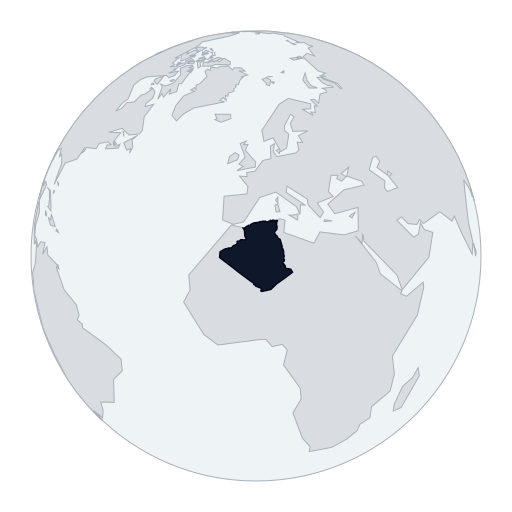 the Earth from above Algeria
{"feature_id": "DZA", "entity_name": "Algeria", "entity_type": "country or territory", "adm_level": 0, "iso_a3": "DZA", "parent_name": "Africa", "parent_adm1": "", "projection": "orthographic", "projection_center": [1.791, 28.04], "detail": "fine", "context": "on_globe", "style": "filled", "palette": "ink", "viewbox_px": 512, "rotation_deg": 0, "n_neighbors": 0, "source": "natural_earth", "source_scale": "50m", "svg_char_len": 13503}
<svg xmlns="http://www.w3.org/2000/svg" viewBox="0 0 512 512"><circle cx="256" cy="256" r="225" fill="#eef3f6" stroke="#a8b0b8"/><path d="M135.1,65.9L129.4,69.6L134.4,66.5L142.0,61.8L145.8,59.5L173.2,47.0L199.4,38.2L204.3,36.7L204.5,36.7L205.9,36.5L208.3,35.8L232.4,32.0L233.2,31.9L226.2,33.0L227.3,33.1L233.7,32.1L239.7,31.9L230.0,33.1L239.5,32.9L229.5,36.1L202.0,42.0L198.3,45.9L174.9,58.1L178.9,57.6L172.6,62.9L174.8,64.5L169.9,66.9L176.0,66.3L180.1,63.9L184.1,62.9L185.8,63.9L179.8,66.9L178.1,66.8L177.2,68.2L173.4,69.4L176.2,69.4L168.7,73.3L178.6,71.0L174.7,75.5L169.0,77.7L166.5,75.4L147.0,76.9L140.5,79.5L133.9,85.0L128.0,99.1L122.1,103.3L116.3,110.6L121.0,108.9L127.1,102.7L134.3,101.9L141.0,95.1L144.9,94.1L153.0,88.5L155.0,91.9L152.7,98.3L146.1,103.3L144.9,106.6L153.8,104.2L144.2,116.6L142.3,130.6L139.4,133.9L129.0,135.1L122.2,128.3L108.7,132.3L120.7,132.6L113.4,141.9L113.5,144.9L115.9,146.4L120.0,144.1L118.2,148.2L105.5,148.8L107.0,145.1L111.0,144.7L107.7,141.9L99.2,143.5L96.1,148.7L86.4,147.5L84.1,151.4L80.7,153.7L85.0,147.3L77.0,159.0L65.2,163.1L54.1,184.4L61.4,164.0L61.8,158.3L61.3,153.9L59.3,157.2L61.3,148.4L58.5,149.6L50.7,163.7L44.7,178.4L43.2,186.1L45.8,181.2L46.5,185.0L39.3,200.3L39.4,212.2L35.6,225.7L34.7,235.8L36.4,238.5L37.6,246.8L40.9,241.7L45.0,242.5L42.7,254.4L46.9,246.6L47.9,255.2L57.6,265.2L56.3,267.1L64.1,289.7L76.3,304.8L79.1,315.5L77.3,319.7L82.4,324.3L82.5,327.8L106.1,344.9L121.0,359.1L122.3,370.7L113.6,379.4L114.2,402.4L100.7,402.1L103.1,410.3L102.6,417.7L93.7,410.6L102.3,419.5L102.2,420.4L98.1,416.7L98.9,417.5L87.6,405.6L77.2,393.0L67.7,379.6L54.4,354.1L50.1,344.5L43.0,327.9L33.7,290.0L33.4,280.7L32.6,273.1L35.4,263.0L36.5,245.5L36.0,240.9L34.3,244.4L34.3,226.3L36.8,211.6L42.7,183.4L48.8,167.6L56.0,152.3L64.4,137.6L73.8,123.5L84.3,110.2L95.7,97.7L108.0,86.1L121.2,75.5L135.1,65.9ZM50.6,190.8L51.0,211.1L47.6,206.5L48.8,205.8L49.4,199.0L49.4,190.4L47.3,187.4L50.6,190.8ZM57.8,184.1L57.5,181.5L58.3,183.2L57.8,184.1ZM147.1,58.8L141.9,61.8L134.2,66.5L138.2,63.9L147.1,58.8ZM162.1,51.2L160.3,52.1L154.9,54.7L157.6,53.3L162.1,51.2ZM151.3,87.2L152.1,87.9L150.2,88.5L151.3,87.2ZM154.0,84.3L151.2,84.6L152.1,83.3L153.8,83.1L154.0,84.3ZM240.6,31.3L244.8,31.1L239.3,31.4L240.6,31.3ZM157.3,84.3L154.0,81.0L155.6,78.8L163.5,76.5L157.3,84.3ZM246.4,31.2L256.8,31.3L259.0,31.1L258.5,32.4L249.9,31.5L242.7,31.7L246.7,31.4L246.4,31.2ZM180.6,62.7L176.3,65.3L178.4,62.4L180.6,62.7ZM180.9,61.1L181.4,54.5L188.6,51.5L187.0,54.1L195.0,50.0L198.4,51.7L194.7,54.4L189.3,55.9L194.7,55.5L180.9,61.1ZM256.6,33.5L258.1,33.9L255.2,33.7L256.6,33.5ZM185.9,62.3L185.3,61.1L191.5,58.3L193.8,60.4L191.1,60.6L185.9,62.3ZM195.5,48.3L200.5,46.9L204.6,47.8L207.1,47.5L199.1,51.6L195.5,48.3ZM190.5,61.7L194.8,61.6L193.4,63.8L186.9,63.4L190.5,61.7ZM192.2,56.8L195.3,55.7L194.3,57.0L192.2,56.8ZM190.9,72.5L190.1,70.6L193.3,69.0L190.9,72.5ZM196.5,61.4L196.9,60.6L198.1,59.9L200.5,60.3L196.5,61.4ZM202.5,52.1L203.1,52.9L206.0,50.4L209.2,51.4L203.2,54.1L207.1,53.3L208.1,53.6L202.1,55.5L202.5,52.1ZM206.5,58.6L200.0,63.0L200.8,66.5L198.0,68.0L197.2,62.0L206.5,58.6ZM204.4,56.6L205.1,58.1L201.3,59.0L198.5,58.5L204.4,56.6ZM213.4,51.1L210.1,49.0L211.5,48.5L213.4,51.1ZM207.5,59.5L209.0,58.4L208.0,59.6L207.5,59.5ZM212.5,53.4L211.1,52.6L212.7,52.1L212.5,53.4ZM213.2,57.2L211.1,58.5L209.2,58.1L213.2,57.2ZM213.5,55.3L216.1,54.8L209.7,57.2L212.6,55.0L213.5,55.3ZM214.2,53.0L214.8,52.5L214.6,53.4L214.2,53.0ZM221.9,58.3L214.4,61.4L210.0,60.4L217.9,57.4L221.9,58.3ZM296.3,34.4L286.9,32.9L296.9,34.5L301.6,35.5L308.5,36.9L308.0,36.8L308.3,36.9L329.9,43.5L350.6,51.7L344.6,48.9L359.0,55.7L373.0,63.5L386.3,72.2L399.0,81.9L411.0,92.5L422.2,103.9L432.5,116.0L442.0,128.9L450.5,142.4L458.1,156.4L464.6,171.0L470.1,186.0L474.5,201.3L470.6,188.6L472.3,196.8L469.8,189.4L463.7,179.7L464.9,191.4L468.3,221.8L472.8,241.8L472.2,254.3L461.7,233.1L454.2,216.0L452.1,221.1L439.8,211.7L423.5,223.5L419.6,219.7L416.9,224.5L408.0,223.6L401.5,217.0L396.8,220.2L413.6,237.2L418.5,234.0L420.4,222.6L424.4,229.7L432.8,232.4L428.9,257.3L402.2,289.7L397.1,275.3L363.8,241.0L363.4,235.8L363.2,235.3L362.6,234.4L362.1,243.2L355.6,236.1L376.0,261.9L380.6,274.0L401.9,290.8L400.5,293.9L406.6,296.3L423.1,282.1L423.7,287.2L417.5,314.8L392.4,356.0L394.3,374.3L390.1,391.0L371.4,406.9L370.0,417.7L359.9,424.3L357.2,430.5L347.3,438.7L332.0,447.3L309.2,451.6L310.2,446.8L302.5,438.3L292.9,413.0L301.2,398.8L300.2,388.2L283.5,364.9L287.3,350.1L282.2,344.3L272.1,346.6L265.9,339.4L259.5,339.6L217.9,345.0L203.8,334.5L183.6,302.0L190.1,290.0L188.8,274.9L231.4,225.0L243.3,227.8L280.1,218.8L285.1,220.2L283.8,232.5L313.8,243.1L320.0,231.9L344.2,234.9L358.3,230.7L358.0,207.4L334.8,213.7L327.8,204.1L344.0,189.8L363.9,185.1L361.8,181.3L346.7,176.0L348.7,167.1L341.2,173.6L346.1,176.7L341.6,181.1L336.8,178.6L337.7,175.4L331.0,175.3L328.4,191.6L333.2,196.5L317.2,203.0L323.5,212.1L320.1,217.7L308.0,204.6L307.3,199.0L286.9,186.1L286.3,192.4L305.4,205.3L300.6,204.8L299.9,214.5L296.6,206.8L275.9,192.1L259.8,197.5L243.6,222.0L233.2,224.3L222.6,220.0L224.1,196.3L247.0,193.9L247.9,186.4L239.5,176.1L247.2,176.6L246.6,172.4L254.9,171.3L262.9,160.5L270.8,158.7L270.4,146.1L274.4,143.8L273.5,151.7L277.0,156.6L296.2,152.9L298.9,149.7L297.1,142.1L302.6,142.5L298.4,135.7L307.7,130.8L292.8,131.4L290.3,123.5L294.0,116.5L290.5,114.2L284.5,125.8L284.6,130.5L288.8,134.2L286.6,148.2L280.8,151.5L273.0,137.9L263.9,141.4L261.9,130.2L279.2,104.2L288.3,98.4L310.7,103.8L310.6,108.9L302.5,109.3L313.3,115.6L310.8,111.9L315.4,112.5L314.2,105.9L317.3,106.1L310.7,99.8L314.5,99.3L318.6,103.3L320.0,94.1L326.8,92.0L325.6,89.9L322.4,88.3L333.2,87.1L331.8,85.7L327.7,85.4L322.3,82.6L317.0,77.3L321.0,77.2L323.5,79.1L334.8,83.2L340.7,88.8L341.9,88.3L337.7,83.5L323.9,78.3L319.5,75.2L326.2,76.9L323.4,76.0L322.5,74.5L325.4,73.1L318.2,71.0L302.9,56.8L306.9,53.4L314.5,56.0L308.1,48.0L313.2,46.1L309.4,45.6L303.8,42.4L302.1,42.9L299.9,42.6L284.6,36.1L284.2,35.1L273.3,33.1L271.4,33.1L271.1,33.7L258.5,32.4L259.0,31.1L263.4,31.1L260.7,30.8L269.5,31.1L296.3,34.4ZM220.2,251.3L219.8,255.9L220.2,251.3ZM387.4,191.5L397.7,187.6L388.6,176.1L391.8,173.9L387.5,171.1L387.9,175.4L376.9,167.4L379.7,161.4L376.2,156.3L372.6,157.4L369.2,169.8L385.0,181.0L384.5,187.6L387.4,191.5ZM58.0,265.3L58.9,268.9L57.1,267.3L58.0,265.3ZM45.5,210.5L46.4,212.9L46.3,215.9L45.3,214.8L45.5,210.5ZM56.7,229.0L58.5,232.5L55.9,230.9L56.7,229.0ZM51.4,214.1L55.2,226.7L50.4,225.1L48.3,217.3L50.7,219.8L51.4,214.1ZM54.1,189.7L54.3,191.9L53.1,193.6L54.1,189.7ZM58.4,185.4L58.1,185.1L58.7,182.7L58.4,185.4ZM114.1,141.8L115.1,141.9L116.7,144.1L114.5,144.5L114.1,141.8ZM132.9,146.7L129.6,153.2L130.4,148.6L126.6,150.1L123.6,142.7L137.9,135.3L131.9,139.7L132.9,146.7ZM123.6,131.5L123.9,136.5L123.0,131.4L123.6,131.5ZM235.0,152.6L239.1,154.9L237.6,159.8L227.6,163.8L229.6,156.6L235.0,152.6ZM245.1,157.2L240.2,143.6L246.2,141.1L243.7,144.7L248.1,144.4L245.2,150.2L255.7,161.9L255.2,167.1L237.0,170.6L243.3,166.3L239.0,164.0L245.1,157.2ZM217.1,118.6L215.1,114.2L230.7,114.3L230.8,118.6L220.9,122.3L214.9,119.6L217.1,118.6ZM171.8,81.5L170.0,80.9L171.7,79.9L174.6,79.6L171.8,81.5ZM190.3,71.8L181.4,83.8L178.9,83.5L176.7,91.6L169.2,94.2L170.9,88.7L163.5,97.2L162.0,93.3L157.7,99.3L162.3,86.7L160.6,84.0L165.3,86.0L172.2,83.6L174.7,81.7L180.6,74.7L180.5,68.4L187.3,65.5L192.2,65.2L193.2,66.3L188.4,67.7L193.3,68.1L187.2,71.1L190.3,71.8ZM245.0,71.1L239.0,71.0L247.7,75.0L241.7,76.8L243.1,77.2L239.9,80.2L238.4,84.6L235.2,85.0L236.1,86.6L234.0,88.9L234.0,91.3L228.3,93.0L227.9,96.3L225.4,95.3L226.2,100.5L223.1,97.5L220.0,100.5L224.7,101.8L193.9,108.0L183.4,113.9L176.4,120.9L171.9,115.4L175.6,105.9L183.8,95.8L194.5,91.3L190.6,90.0L194.5,87.6L196.0,89.6L196.1,85.1L199.8,83.8L207.0,76.6L204.9,71.6L207.5,69.1L210.2,70.4L210.9,67.1L217.7,68.0L219.7,66.4L228.4,66.0L232.4,69.9L234.3,67.8L241.0,67.8L245.0,71.1ZM224.3,58.3L230.4,61.9L230.1,64.8L215.1,64.4L212.3,65.8L202.7,66.3L203.3,62.1L206.0,62.3L208.8,61.6L207.5,63.1L210.6,61.3L214.4,61.7L217.9,60.4L218.9,61.9L224.3,58.3ZM289.1,215.1L292.7,215.1L298.0,213.8L297.6,220.1L289.1,215.1ZM274.9,205.2L277.9,204.0L279.9,211.7L276.2,212.0L274.9,205.2ZM277.8,197.1L277.9,203.4L275.6,200.1L277.8,197.1ZM276.1,150.4L279.1,149.0L280.1,150.7L279.2,153.6L276.1,150.4ZM269.6,85.7L266.2,84.6L266.7,83.6L262.1,79.2L266.2,77.8L270.6,79.9L269.6,85.7ZM355.1,212.4L352.1,217.8L349.4,216.3L351.0,214.7L355.1,212.4ZM324.3,219.7L332.2,220.9L324.1,221.5L324.3,219.7ZM273.3,83.5L270.9,81.7L274.5,82.1L273.3,83.5ZM269.0,76.6L272.8,76.6L266.2,77.1L269.0,76.6ZM419.3,375.7L401.2,407.4L393.3,411.0L394.2,404.2L402.6,386.3L412.6,377.4L418.2,367.6L419.3,375.7ZM473.4,243.1L476.3,252.1L475.6,256.2L473.4,243.1ZM305.1,73.0L306.9,80.3L310.9,85.5L317.5,88.0L309.0,88.0L302.8,80.0L305.1,73.0ZM302.7,58.6L297.0,57.1L298.9,56.1L300.4,56.4L302.7,58.6ZM299.7,58.8L293.8,60.2L290.2,58.3L295.5,57.6L299.7,58.8ZM283.8,70.8L284.0,73.0L281.1,72.5L283.8,70.8ZM259.9,33.6L258.2,33.9L258.3,33.4L259.9,33.6ZM299.1,42.9L296.0,42.4L296.2,41.6L299.1,42.9ZM287.7,40.6L289.6,41.8L285.9,40.5L287.7,40.6ZM294.2,44.7L289.6,42.3L296.4,44.6L294.2,44.7Z" fill="#d9dde1" stroke="#a8b0b8" stroke-width="1"/><path d="M277.3,220.6L277.4,220.8L277.4,221.0L277.1,221.2L276.9,221.3L276.7,221.8L276.3,222.1L276.2,222.2L276.2,222.3L276.5,222.5L276.7,222.8L276.6,223.5L276.6,224.1L276.5,224.8L276.5,225.0L276.7,225.3L276.8,225.6L276.9,225.9L276.9,226.6L277.0,227.0L277.2,227.3L276.9,227.8L276.9,228.2L276.8,228.8L276.8,229.2L276.7,229.5L276.5,229.9L276.2,230.1L275.9,230.3L275.6,230.5L275.3,231.1L274.7,231.7L274.6,231.9L274.6,232.3L274.6,232.8L274.8,233.3L275.1,233.9L275.4,234.6L275.5,235.0L276.0,235.3L276.7,235.6L276.8,235.8L277.1,236.2L277.5,237.1L277.6,237.7L278.3,238.2L278.8,238.6L279.4,238.9L280.0,239.3L280.4,240.3L280.6,241.2L280.9,242.1L281.2,243.1L281.5,244.2L281.7,244.9L281.9,245.6L282.2,246.6L281.9,246.8L281.5,247.1L281.8,247.5L282.4,248.3L282.7,248.9L282.9,249.1L283.2,249.9L283.4,250.6L283.5,250.9L283.6,251.4L283.6,253.0L283.9,255.1L284.2,256.1L283.9,257.0L283.7,257.9L283.7,258.3L283.9,259.0L284.1,259.5L284.3,259.7L284.3,260.6L284.3,260.9L283.7,261.4L283.1,261.8L282.9,262.2L282.9,262.6L283.0,262.9L283.5,263.6L284.2,264.6L285.1,265.7L285.2,265.9L285.2,266.8L285.6,267.8L286.0,268.2L286.2,268.5L286.4,268.7L286.7,268.9L286.8,268.9L287.7,268.5L289.2,268.9L290.7,269.3L290.8,269.3L291.1,269.9L291.7,270.8L292.1,271.6L292.5,272.2L290.7,273.6L289.0,274.9L287.2,276.2L285.4,277.6L283.6,278.9L281.8,280.2L279.9,281.5L278.1,282.8L276.9,283.6L276.1,284.3L275.1,285.3L274.2,286.2L273.5,286.9L272.5,287.8L272.0,288.3L271.0,289.3L270.7,289.5L269.2,289.8L267.9,290.1L266.7,290.4L265.9,290.6L265.0,290.7L263.9,291.0L263.0,291.2L262.1,291.4L261.8,291.4L261.7,291.4L261.4,291.3L261.1,291.1L260.9,291.0L260.9,290.8L261.0,290.5L261.1,290.3L261.2,290.2L261.3,290.0L261.4,289.9L261.3,289.5L261.2,289.2L261.2,288.6L261.2,288.4L261.0,288.1L260.4,287.8L260.0,287.7L259.8,287.6L259.2,287.5L258.5,287.4L258.3,287.3L257.8,286.7L257.6,286.5L256.5,286.4L256.2,286.4L255.9,286.2L255.6,286.0L255.5,285.7L255.4,285.5L255.3,285.3L254.2,284.7L253.9,284.5L253.7,284.3L253.7,284.0L253.7,283.7L253.7,283.4L253.6,283.2L253.1,282.8L251.9,282.0L250.7,281.1L249.5,280.3L248.3,279.4L247.2,278.6L246.0,277.7L244.8,276.8L243.7,276.0L242.5,275.1L241.3,274.2L240.2,273.3L239.0,272.5L237.9,271.6L236.7,270.7L235.6,269.8L234.5,268.9L233.5,268.1L232.5,267.3L231.7,266.7L230.9,266.1L230.1,265.5L229.6,265.1L228.9,264.6L228.3,264.2L227.7,263.7L227.0,263.2L226.4,262.7L225.8,262.2L225.2,261.8L224.5,261.3L223.9,260.8L223.3,260.3L222.7,259.8L222.1,259.3L221.4,258.9L220.8,258.4L220.2,257.9L219.6,257.4L219.7,256.6L219.7,255.9L219.8,255.0L219.9,254.2L219.9,253.3L220.0,252.8L220.1,252.2L220.1,251.9L220.5,251.6L221.1,251.2L221.3,251.1L221.6,250.9L222.5,250.4L222.7,250.2L223.7,249.6L223.9,249.5L224.4,249.5L224.6,249.4L224.9,249.1L225.3,248.8L225.5,248.7L225.8,248.7L226.6,248.8L226.9,248.9L227.3,249.0L227.5,248.9L227.7,248.7L227.8,248.4L227.8,248.2L228.1,248.1L228.3,248.1L228.8,248.1L229.5,248.1L230.3,248.0L230.9,247.9L231.4,247.7L232.0,247.4L232.4,247.0L232.8,246.4L233.1,245.8L233.8,245.5L234.4,245.3L234.7,245.3L235.4,245.0L236.0,244.6L236.5,244.2L237.0,244.2L237.5,244.2L237.8,244.0L237.8,243.7L237.6,243.5L237.4,243.4L237.2,243.3L237.1,243.2L237.2,242.9L237.2,242.7L237.3,242.5L237.3,242.2L237.2,241.9L237.1,241.7L237.2,241.3L237.4,241.2L237.7,241.2L238.0,241.3L238.5,241.2L240.0,240.8L240.1,240.6L240.2,240.3L240.3,240.0L240.4,239.9L240.5,239.9L241.0,239.8L241.6,239.7L241.9,239.7L242.6,239.7L243.1,239.8L244.0,239.9L244.6,239.9L245.1,239.9L245.8,240.0L246.0,239.9L246.0,239.7L245.9,239.2L246.2,238.8L246.5,238.5L246.4,238.2L246.1,237.9L245.8,237.7L245.6,237.5L245.3,237.2L245.1,236.9L245.0,236.1L244.8,235.6L244.6,235.1L244.8,234.1L244.6,233.6L244.6,233.3L244.6,233.0L244.7,232.5L244.6,231.8L244.4,231.0L244.5,230.7L244.3,230.3L244.2,230.1L244.3,229.9L244.4,229.6L244.0,229.2L243.4,228.6L243.2,228.4L243.1,228.1L243.8,228.2L244.1,228.2L244.9,227.8L245.5,227.4L246.0,227.1L246.4,226.6L246.8,226.3L247.4,226.0L248.9,225.3L249.2,225.3L249.7,225.5L250.1,225.4L250.5,225.1L250.8,224.5L251.3,224.1L252.0,223.8L252.8,223.4L253.4,223.1L254.3,222.8L256.6,222.6L257.7,222.4L258.5,222.5L259.3,221.9L259.7,221.7L261.4,221.7L262.3,221.3L265.3,221.2L265.7,221.3L266.1,221.5L266.7,222.0L267.0,222.1L267.5,222.0L268.4,221.5L269.4,221.2L270.0,220.9L270.2,220.5L270.7,220.3L271.0,220.6L272.1,220.9L272.8,220.8L273.1,220.7L273.0,220.2L273.7,220.3L274.2,220.5L274.8,220.9L275.2,221.0L275.9,220.7L277.3,220.6Z" fill="#0f172a" stroke="#020617" stroke-width="1.5"/></svg>